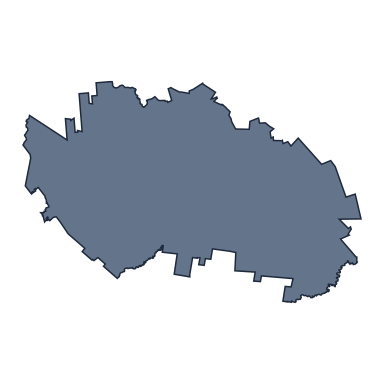 General Terán, Nuevo León, Mexico (Mercator projection)
{"feature_id": "50627088B34198183726850", "entity_name": "General Terán", "entity_type": "district", "adm_level": 2, "iso_a3": "MEX", "parent_name": "Mexico", "parent_adm1": "Nuevo León", "projection": "mercator", "projection_center": [-99.219, 25.27], "detail": "fine", "context": "isolated", "style": "filled", "palette": "slate", "viewbox_px": 384, "rotation_deg": 0, "n_neighbors": 0, "source": "geoboundaries", "source_scale": "gbopen_adm2", "svg_char_len": 5930}
<svg xmlns="http://www.w3.org/2000/svg" viewBox="0 0 384 384"><path d="M189.1,93.4L181.3,92.0L179.6,92.1L172.9,88.8L170.9,87.6L168.2,88.8L171.7,100.5L167.8,102.4L167.4,101.2L165.3,101.3L164.9,100.4L159.8,100.6L158.3,100.2L154.9,96.7L152.0,98.7L150.1,99.3L148.3,99.6L148.0,100.0L147.2,100.0L146.7,100.4L146.5,100.8L147.4,101.6L147.1,103.9L146.8,104.5L145.8,105.6L144.2,107.0L144.0,106.8L143.6,107.1L142.2,106.2L142.1,104.8L141.8,104.3L140.4,103.9L140.1,103.6L140.3,102.9L139.7,100.5L139.9,99.5L139.5,98.7L139.0,98.5L138.3,99.0L138.2,98.0L137.5,98.0L137.4,97.6L137.0,97.4L137.7,95.9L136.9,95.1L135.9,94.7L135.0,92.8L135.3,91.5L134.8,90.9L135.7,90.4L136.0,89.9L135.6,89.6L135.5,88.9L133.1,87.9L132.8,87.6L131.9,87.4L131.5,87.7L130.4,87.9L129.4,87.8L128.4,87.4L125.0,87.5L123.1,85.6L122.4,85.2L121.5,85.3L120.0,85.8L118.8,86.9L117.4,87.6L116.1,87.9L114.9,87.7L113.5,86.9L112.9,86.1L112.6,85.1L112.7,84.3L112.2,81.7L109.6,81.7L96.1,82.8L97.1,95.5L91.8,96.0L92.5,103.9L89.2,103.4L88.4,92.9L79.1,93.7L82.1,131.6L77.5,130.5L77.7,132.2L75.1,132.3L74.0,118.2L70.8,120.5L70.7,119.2L65.4,118.6L67.1,140.0L29.5,115.4L29.0,118.3L28.6,118.9L27.3,119.4L26.9,120.1L26.4,120.3L26.4,121.2L26.2,121.5L26.7,122.0L27.6,122.2L26.1,124.9L26.0,125.7L26.4,127.3L27.5,127.9L27.9,130.0L27.7,130.7L26.6,132.0L25.7,133.8L24.7,134.9L24.6,135.5L26.3,138.2L26.5,139.6L24.0,142.8L23.5,144.5L23.0,145.0L30.2,154.6L30.7,158.2L25.3,185.9L31.5,194.0L32.5,193.1L31.9,192.3L33.1,191.4L33.7,192.3L35.6,190.9L34.4,189.4L35.2,188.7L35.8,189.4L38.2,187.4L45.0,196.1L45.1,197.6L45.9,198.9L46.4,200.7L46.4,203.2L47.2,202.9L47.9,204.7L48.8,205.8L48.9,206.9L46.0,208.0L45.6,209.7L45.3,209.7L45.8,211.1L44.1,211.4L44.2,212.3L43.4,212.4L43.4,212.7L40.8,212.7L42.2,214.4L42.4,215.4L42.8,215.0L44.6,221.9L45.5,220.8L46.6,220.4L46.2,219.0L47.2,217.2L47.5,217.8L48.0,217.6L48.0,217.9L47.6,218.1L47.8,218.7L47.3,218.9L47.8,220.3L49.3,219.7L49.9,220.6L53.4,217.3L56.1,216.9L56.6,217.2L60.5,222.4L68.2,233.9L84.8,248.3L82.2,251.6L92.0,260.1L92.8,259.5L94.0,260.6L97.9,257.5L105.3,264.1L103.5,266.3L117.3,278.4L118.2,277.4L119.2,276.7L119.1,276.2L119.5,275.9L119.8,275.0L119.8,274.0L120.3,273.3L121.4,272.5L122.3,272.4L123.2,271.6L124.0,271.7L124.5,271.4L124.6,270.8L124.3,269.7L124.9,268.6L126.5,268.1L127.6,268.2L128.0,268.6L129.9,267.9L130.9,268.2L132.2,267.6L132.8,268.5L133.4,268.4L133.7,268.8L135.0,268.8L135.8,268.1L135.7,267.7L136.2,266.9L136.9,266.9L137.3,267.3L137.9,267.4L138.5,267.2L138.4,266.7L139.5,265.6L140.5,265.5L140.3,266.3L140.7,266.4L142.2,265.4L142.3,265.0L142.9,264.6L143.1,264.5L143.5,264.8L143.6,264.1L144.2,264.1L144.4,263.1L144.3,262.8L143.9,262.7L143.8,262.1L144.2,261.8L145.0,261.9L145.2,262.8L145.5,262.8L145.7,262.5L146.0,260.8L147.4,260.3L149.1,258.4L149.2,258.8L149.8,259.1L150.0,259.0L150.0,258.5L151.0,258.0L151.7,257.9L152.5,258.2L153.0,257.9L153.1,258.1L153.5,257.8L153.0,257.2L153.4,256.8L153.1,256.8L153.3,256.5L152.9,256.4L153.0,256.2L153.8,256.4L154.2,256.2L154.4,256.3L154.9,255.9L154.8,253.3L156.1,252.7L156.0,252.0L157.2,251.4L157.6,250.3L158.5,250.4L158.4,249.9L158.7,249.7L159.7,249.2L159.9,249.4L159.6,249.9L159.6,250.2L160.4,250.3L161.0,250.0L161.3,249.2L160.8,247.4L161.3,247.3L161.8,247.7L162.1,247.6L161.8,245.9L162.0,245.6L163.2,245.6L162.3,252.2L177.2,253.9L174.2,274.2L189.8,276.9L189.9,275.9L189.6,275.5L192.6,257.6L197.2,258.2L197.3,257.6L200.0,257.9L198.7,264.7L204.2,265.3L205.4,258.6L210.8,259.3L212.5,248.9L230.1,251.3L235.8,252.5L234.9,270.8L255.2,272.1L253.7,281.1L260.4,281.6L261.4,275.9L293.0,278.6L291.1,286.9L285.2,286.4L282.9,301.2L287.8,302.0L287.9,301.5L291.3,302.3L291.7,301.0L292.6,301.7L295.1,302.3L296.0,301.7L296.0,300.9L295.8,300.4L296.0,299.9L297.1,299.3L298.2,299.6L299.4,299.2L300.3,299.3L301.2,297.4L300.7,296.0L300.8,295.6L301.1,295.3L302.2,294.8L303.1,294.9L304.1,295.6L305.9,295.5L307.5,296.6L308.0,296.5L308.7,295.9L310.0,296.4L310.8,297.6L312.1,297.7L312.7,297.2L312.5,296.2L313.0,296.2L313.4,296.8L313.8,297.0L315.3,295.1L315.8,295.1L316.4,295.8L317.1,295.0L318.5,294.4L319.4,294.4L320.4,295.0L321.4,294.9L322.2,293.6L323.0,293.6L323.8,293.2L324.5,293.3L325.0,293.1L325.5,292.2L326.6,292.2L327.3,290.8L328.2,291.6L328.4,291.6L329.2,290.7L329.1,289.8L328.4,289.3L326.8,289.2L326.6,288.6L327.0,287.8L328.2,286.5L328.9,286.3L329.5,286.6L329.8,286.2L329.4,285.2L328.3,285.0L328.2,284.6L328.4,284.3L331.7,284.4L331.9,284.6L331.6,285.3L332.0,285.6L332.5,285.4L333.1,284.8L333.6,284.9L334.0,285.1L334.4,286.4L335.1,286.6L335.3,286.1L335.2,285.3L335.4,284.6L336.4,284.1L336.6,283.6L336.4,282.8L335.8,282.2L335.8,281.9L336.9,281.2L337.8,281.0L338.1,279.7L337.7,278.6L336.6,278.2L336.5,277.7L337.4,277.1L338.9,277.1L339.4,276.6L339.6,275.8L339.6,275.3L339.2,275.0L337.2,274.6L336.8,274.2L336.7,273.6L337.0,273.1L337.8,272.8L339.7,272.9L340.2,272.6L340.3,271.6L339.1,270.5L339.0,270.0L339.2,269.8L339.6,270.0L340.2,269.8L341.5,268.8L342.0,267.3L341.7,266.9L341.0,267.0L341.3,266.2L342.0,265.8L344.6,265.4L344.9,265.1L344.7,264.2L344.9,263.7L347.1,262.5L347.4,262.1L347.4,261.3L347.8,260.9L348.5,261.3L348.6,262.5L350.0,264.2L350.7,263.3L351.0,263.3L351.2,263.6L351.6,263.7L352.2,263.4L352.4,262.9L352.7,263.1L353.3,264.5L355.0,264.2L356.8,262.9L357.3,262.0L356.8,261.8L356.8,257.1L356.1,257.1L340.5,239.0L349.3,235.1L348.1,234.1L351.2,229.2L350.5,226.9L348.4,228.5L339.2,219.2L361.0,218.9L355.2,194.1L346.0,197.1L335.2,166.6L330.7,160.6L321.6,164.3L298.2,138.1L291.0,146.0L287.8,141.7L283.0,143.6L282.4,140.5L282.2,140.7L273.5,140.5L273.2,137.0L271.1,138.1L270.3,133.2L270.2,131.8L273.7,128.8L269.4,126.2L265.3,122.8L259.5,123.2L258.6,118.1L258.4,118.0L249.9,121.4L249.2,129.3L235.6,129.0L231.7,121.7L230.9,118.4L228.9,115.3L230.1,111.8L226.4,108.2L225.8,107.3L224.6,106.5L222.7,104.6L222.3,105.1L221.2,104.4L220.9,104.7L213.9,101.5L216.3,98.9L217.3,98.3L216.7,97.0L213.1,98.6L211.2,99.0L215.5,92.3L203.0,84.1L202.7,83.2L193.1,89.4L189.3,90.9L189.1,93.4Z" fill="#64748b" stroke="#1e293b" stroke-width="1.5"/></svg>